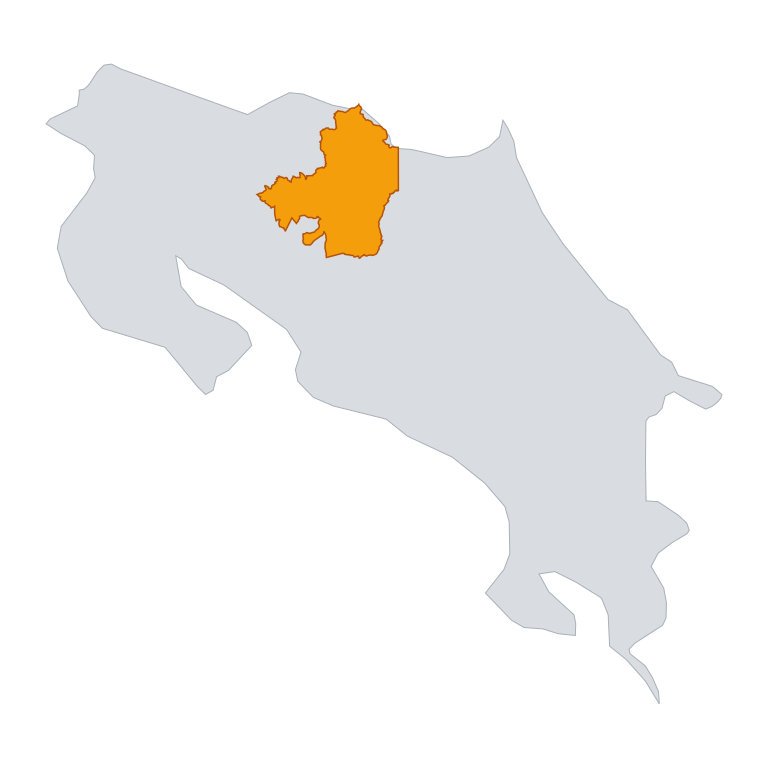 San Carlos, Alajuela, Costa Rica (highlighted)
{"feature_id": "36466004B93009353653886", "entity_name": "San Carlos", "entity_type": "district", "adm_level": 2, "iso_a3": "CRI", "parent_name": "Costa Rica", "parent_adm1": "Alajuela", "projection": "orthographic", "projection_center": [-84.486, 10.62], "detail": "fine", "context": "in_parent", "style": "filled", "palette": "amber", "viewbox_px": 768, "rotation_deg": 0, "n_neighbors": 0, "source": "geoboundaries", "source_scale": "gbopen_adm2", "svg_char_len": 7746}
<svg xmlns="http://www.w3.org/2000/svg" viewBox="0 0 768 768"><path d="M721.9,394.5L720.8,398.2L717.3,402.2L712.3,406.3L705.7,409.1L689.6,400.9L673.9,391.6L665.2,396.0L662.0,408.2L656.2,414.5L648.9,417.0L645.9,421.0L645.5,462.2L646.1,500.9L658.1,501.7L678.1,515.1L686.6,522.9L689.3,530.2L686.9,533.8L672.4,542.4L658.2,553.1L651.1,566.5L663.7,588.0L666.4,602.6L666.0,617.9L662.6,625.3L635.1,643.0L629.1,649.2L629.9,653.7L645.2,665.8L652.4,677.5L658.5,691.6L659.3,703.9L645.5,681.2L626.2,659.5L609.6,646.2L608.2,614.9L601.5,598.0L576.4,582.4L554.9,571.6L539.0,573.9L548.8,591.8L574.0,614.8L575.7,623.6L575.4,635.5L558.0,633.7L542.8,628.9L524.1,627.5L511.7,620.4L485.4,593.0L504.0,569.4L509.8,554.0L509.2,522.0L504.9,506.5L484.6,483.0L452.4,457.2L407.3,436.1L386.2,419.1L333.4,406.0L313.4,397.4L297.8,381.3L295.4,369.7L301.0,352.0L286.5,329.4L223.8,284.9L188.8,268.5L181.3,258.9L175.7,255.8L181.1,286.5L196.3,305.0L236.3,322.3L247.3,332.4L251.8,345.4L228.5,370.4L216.6,376.7L213.1,390.3L205.5,394.5L197.5,386.6L165.1,347.3L102.4,328.3L91.1,316.8L67.9,280.9L57.3,248.2L61.2,226.4L87.1,192.6L95.2,177.8L93.6,168.7L94.5,155.3L84.9,145.9L61.2,133.6L46.1,123.8L50.3,118.9L77.6,105.9L79.3,94.1L79.2,90.1L83.7,89.3L87.6,86.2L90.1,82.9L97.6,71.5L104.1,65.1L111.6,64.1L120.7,68.9L155.0,81.3L193.1,95.1L247.5,114.6L270.0,102.2L289.4,92.7L302.9,94.0L332.1,105.1L349.7,108.7L360.5,107.5L379.2,123.8L389.4,136.0L391.1,144.1L396.8,148.5L411.4,149.4L447.1,157.6L468.9,156.0L488.7,147.2L499.6,136.7L502.9,120.2L507.9,128.3L513.8,141.1L516.5,157.6L542.3,212.7L562.9,243.6L608.0,299.6L627.5,309.8L660.5,354.9L671.8,362.3L678.3,375.6L712.4,386.4L721.9,394.5Z" fill="#d9dde1" stroke="#a8b0b8" stroke-width="1"/><path d="M398.3,147.4L394.6,147.2L392.9,146.7L392.3,146.7L391.9,146.8L391.2,147.6L389.7,147.9L389.2,147.5L388.8,146.4L388.8,146.0L389.2,145.4L389.0,144.9L387.6,144.4L385.9,144.2L384.4,142.0L383.0,141.4L382.8,140.8L382.9,140.3L383.4,140.0L386.1,139.4L386.4,138.9L387.4,136.8L387.4,135.9L386.6,133.7L386.4,131.7L385.7,130.4L384.8,129.5L383.2,128.9L381.8,127.1L379.1,125.6L376.1,125.4L374.9,125.0L374.1,125.0L373.1,124.3L371.9,122.2L370.8,121.2L369.7,120.7L368.7,120.5L368.2,120.0L367.8,119.8L367.1,119.9L366.8,120.2L366.1,120.1L365.5,119.8L364.8,118.4L364.0,117.9L363.4,116.9L363.0,115.6L363.2,114.6L362.3,114.2L360.4,113.8L360.1,113.5L360.0,112.9L360.4,112.2L360.4,111.5L360.7,110.3L361.4,109.4L361.4,108.2L360.8,107.0L359.2,105.6L358.8,104.4L358.1,105.4L355.1,107.7L354.2,108.0L351.7,108.1L350.5,108.6L348.2,110.7L345.2,112.6L342.4,111.5L339.5,111.2L338.0,110.7L337.8,111.4L336.3,112.1L336.2,112.8L334.4,113.7L334.3,114.4L335.2,114.9L335.2,115.6L334.2,116.6L333.9,117.2L334.0,118.1L334.2,118.4L335.0,118.7L335.7,120.7L335.7,123.5L336.1,124.7L336.0,126.0L336.4,126.4L336.1,127.5L336.5,127.8L336.5,128.2L335.1,129.4L333.5,129.7L332.6,129.2L329.3,129.3L328.5,128.2L327.9,127.9L327.1,128.1L326.0,128.1L323.8,129.8L323.3,129.3L322.9,129.5L322.0,130.6L321.1,131.1L320.3,131.9L320.3,132.4L320.7,133.4L320.4,134.8L321.5,135.6L321.5,136.7L321.8,137.3L322.1,138.5L321.0,141.3L319.9,141.7L320.1,142.3L320.9,143.0L320.8,143.5L320.4,144.4L320.6,145.2L320.5,148.5L320.7,149.4L321.3,150.3L323.5,151.9L323.9,152.9L324.1,154.4L324.8,155.2L325.5,155.2L324.7,156.7L324.6,157.1L325.2,158.1L325.4,158.8L325.2,160.4L325.8,161.8L325.4,162.7L326.3,163.7L325.5,164.3L325.3,164.8L325.4,165.4L325.9,166.0L324.8,166.8L323.8,168.0L323.2,168.1L323.0,167.5L322.7,167.2L322.3,167.2L320.6,167.9L319.2,168.1L318.6,168.7L318.3,168.4L317.3,168.4L316.9,169.2L316.1,170.0L315.7,170.6L316.0,172.1L315.5,173.2L314.4,173.5L313.8,174.3L313.1,174.7L312.8,175.6L306.8,175.8L307.2,176.6L306.7,177.0L306.6,178.0L306.1,179.2L305.6,179.2L305.5,177.7L305.2,176.8L303.7,174.8L301.6,173.0L300.2,172.6L299.7,172.6L299.8,174.4L300.3,175.0L300.0,175.8L300.0,177.6L298.1,177.6L297.5,177.3L296.9,177.7L296.1,177.7L295.8,177.6L295.4,177.1L294.6,176.9L293.5,176.2L293.1,176.2L292.9,177.3L291.3,179.8L291.3,182.0L291.0,181.9L290.9,181.6L290.1,181.8L289.7,181.5L289.4,180.8L287.9,180.2L287.6,179.7L287.3,178.2L286.7,178.0L286.3,177.6L285.9,177.5L284.9,178.1L283.9,178.3L283.2,177.6L282.6,177.3L281.6,177.3L280.5,176.8L279.6,176.2L278.5,176.2L278.8,177.6L277.0,177.7L277.1,178.6L276.6,179.1L277.2,179.1L277.1,179.7L277.3,180.4L276.4,181.6L275.4,181.7L274.9,182.3L275.5,183.2L274.8,183.5L274.5,184.2L272.5,185.2L271.8,185.8L271.7,186.6L271.4,187.2L271.5,187.9L270.8,188.4L270.8,188.9L268.9,188.7L268.6,188.4L268.6,187.2L267.6,186.9L266.8,186.1L265.1,185.6L264.9,185.8L264.8,186.4L266.1,189.3L266.0,189.9L265.4,190.6L263.8,191.4L262.9,192.5L261.3,193.1L259.8,193.2L258.8,193.8L257.0,194.5L258.3,195.5L259.1,196.6L259.6,196.8L260.6,196.7L260.6,197.2L260.3,198.1L260.3,199.1L260.4,199.6L260.7,199.9L261.8,200.2L262.1,201.0L263.1,201.4L264.8,200.8L265.1,200.8L265.0,202.0L265.4,203.0L267.2,203.9L267.7,204.5L268.3,204.7L268.9,205.6L270.3,206.2L271.0,207.9L271.7,207.8L272.1,207.3L272.9,207.2L273.3,206.9L274.1,207.0L274.6,206.5L274.7,213.8L276.2,221.4L276.4,220.6L277.2,220.0L278.5,219.9L278.9,219.4L279.2,219.2L279.8,219.5L280.0,220.2L279.0,221.8L279.1,222.9L278.9,223.4L278.9,224.0L279.6,226.5L279.8,226.7L280.6,226.6L282.4,227.7L283.3,227.7L284.1,228.4L284.2,229.2L285.2,230.6L285.2,231.4L291.9,217.9L296.4,223.4L296.8,222.7L298.0,221.4L298.4,220.6L298.5,219.8L299.5,218.9L299.6,218.0L299.5,216.6L299.7,216.2L302.7,215.5L305.0,215.4L305.6,215.7L306.1,216.4L307.9,217.2L308.6,217.7L309.4,217.4L311.5,217.5L313.0,217.8L313.2,218.4L315.5,218.4L317.1,217.7L317.0,216.9L317.4,216.5L317.8,216.7L318.2,216.7L318.7,217.6L320.6,218.7L320.7,219.1L320.4,219.4L319.2,219.8L318.4,221.7L318.3,223.4L319.3,225.1L319.3,226.2L319.0,227.3L318.3,228.6L316.1,230.1L315.0,231.3L314.8,231.8L314.0,232.2L312.6,232.4L311.1,232.9L310.2,233.5L309.6,233.5L309.0,233.1L306.6,232.6L304.9,233.8L303.2,233.8L303.0,234.3L303.0,236.6L303.4,238.7L302.9,240.1L303.0,241.9L303.4,243.0L304.5,244.2L305.3,244.8L310.2,245.0L312.1,243.2L313.7,241.0L315.0,240.1L315.5,239.6L318.3,237.8L320.2,236.2L321.5,235.8L322.3,235.2L323.2,234.2L323.9,232.0L324.0,231.7L324.3,231.8L324.8,233.1L326.0,235.4L325.9,237.7L326.3,238.4L326.3,240.3L325.2,242.8L325.0,248.3L325.5,249.6L325.4,250.3L326.4,254.3L326.1,255.2L326.4,257.5L341.4,253.6L343.0,253.3L344.5,253.7L344.6,254.2L346.0,254.6L346.9,254.6L347.3,254.8L348.7,254.9L350.0,254.8L350.5,255.4L352.8,255.4L353.6,256.1L354.0,256.9L355.6,256.8L357.2,256.2L357.7,256.3L358.5,256.2L358.6,257.0L359.3,258.2L360.4,257.8L360.7,257.2L361.1,257.0L362.0,255.9L363.5,255.5L363.7,254.8L364.0,254.6L364.7,255.3L365.2,255.3L365.7,255.8L366.6,256.0L367.2,255.9L367.7,255.5L368.9,255.2L371.3,255.0L371.8,255.4L372.2,255.4L374.1,255.0L376.3,253.9L377.0,253.2L377.4,252.4L378.1,250.5L379.0,249.4L379.1,248.8L378.9,248.3L379.1,248.0L379.1,246.7L380.6,245.3L380.5,244.8L381.4,243.5L381.5,242.9L381.9,242.9L381.8,242.6L381.4,242.4L381.3,241.9L381.8,241.9L381.7,241.4L382.3,241.1L382.7,240.4L381.6,240.4L380.9,239.4L381.0,238.7L381.6,237.8L381.5,236.5L381.8,236.3L381.8,235.9L381.3,235.6L381.1,235.1L381.2,234.4L380.7,233.8L380.5,232.3L380.1,232.0L380.3,231.1L379.7,229.7L379.6,228.8L378.7,226.5L378.7,225.5L379.1,224.4L379.1,223.3L378.6,222.5L378.5,222.1L378.9,221.8L379.0,221.1L379.8,219.8L379.9,218.7L380.9,217.8L381.3,216.7L382.3,215.7L382.3,214.5L382.9,213.1L383.0,212.0L384.3,208.9L384.4,207.3L384.0,206.1L384.3,206.2L384.6,205.4L385.2,205.1L386.2,203.7L388.4,201.5L388.6,200.7L387.9,200.5L387.8,200.2L388.1,199.9L388.2,198.8L388.5,198.5L388.7,197.9L389.2,197.5L390.0,196.0L389.8,195.2L389.9,193.8L390.8,194.1L392.0,193.7L391.9,193.4L392.1,193.3L393.2,193.3L393.5,192.4L394.2,192.3L394.7,191.2L396.0,190.3L396.5,190.2L396.3,190.8L396.6,190.9L397.6,190.9L398.4,190.5L398.3,147.4Z" fill="#f59e0b" stroke="#b45309" stroke-width="1.5"/></svg>